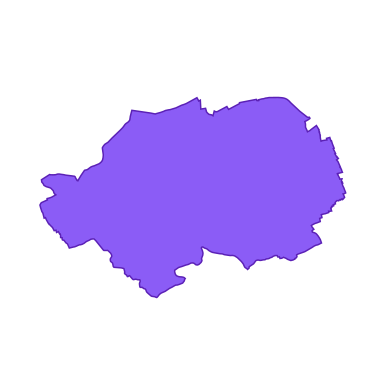 the district of Sawaeng Ha, Ang Thong, Thailand, rotated 166°
{"feature_id": "78962969B63789793815437", "entity_name": "Sawaeng Ha", "entity_type": "district", "adm_level": 2, "iso_a3": "THA", "parent_name": "Thailand", "parent_adm1": "Ang Thong", "projection": "albers", "projection_center": [100.286, 14.749], "detail": "fine", "context": "isolated", "style": "filled", "palette": "violet", "viewbox_px": 384, "rotation_deg": 166, "n_neighbors": 0, "source": "geoboundaries", "source_scale": "gbopen_adm2", "svg_char_len": 5940}
<svg xmlns="http://www.w3.org/2000/svg" viewBox="0 0 384 384"><g transform="rotate(166 192 192)"><path d="M43.1,153.9L43.1,154.9L43.4,156.7L43.7,159.5L44.2,161.6L44.2,162.3L44.4,164.5L43.7,164.2L43.7,165.4L43.9,165.6L44.5,165.7L44.5,165.8L44.3,166.8L43.3,168.5L45.5,168.8L45.5,169.9L45.6,170.4L46.5,174.1L46.1,174.2L46.3,174.7L41.3,174.7L41.5,176.2L41.6,178.0L42.4,180.2L42.0,180.2L43.0,186.2L44.0,188.2L41.9,189.1L42.8,191.2L43.1,191.0L44.1,194.5L43.4,194.6L44.2,198.7L44.3,198.7L44.4,200.0L43.5,200.1L44.1,204.6L44.3,208.0L44.9,208.0L45.1,211.6L48.5,211.5L48.5,209.9L53.1,210.3L53.5,210.2L54.5,210.1L54.4,213.3L54.1,214.9L54.0,216.3L53.8,216.3L54.1,219.2L53.8,219.2L54.0,221.9L53.8,221.9L55.2,226.4L61.6,223.7L62.7,223.1L65.4,222.5L65.5,223.8L66.2,227.4L65.5,230.2L65.4,231.4L65.5,233.1L63.9,233.4L61.8,234.0L59.8,234.8L59.7,235.1L60.1,236.2L61.1,236.3L61.5,236.4L61.9,236.7L62.3,237.1L67.9,244.3L74.5,254.5L75.8,256.8L77.1,258.6L78.4,259.8L79.1,260.3L80.3,261.0L82.2,261.8L85.6,262.9L94.4,265.0L96.3,265.1L97.8,265.3L100.2,265.2L101.5,265.4L105.0,265.4L105.1,264.6L105.8,264.6L107.0,265.1L106.9,266.1L107.1,266.3L124.1,267.2L124.4,267.1L124.6,266.3L124.8,266.2L136.5,263.3L137.5,266.5L147.9,263.9L149.4,264.0L150.8,265.2L153.2,260.9L154.3,262.1L156.6,263.2L156.9,263.4L158.1,265.3L158.5,266.2L158.6,269.9L163.4,270.3L161.7,279.1L163.4,278.6L164.4,282.3L176.2,279.2L178.4,278.9L181.2,278.7L187.2,277.5L193.2,277.2L195.1,277.4L198.1,277.5L200.1,277.1L203.4,276.8L208.0,276.7L208.8,276.6L212.8,278.5L230.6,285.8L233.5,280.4L234.9,277.0L236.1,275.9L237.1,275.3L239.7,274.3L240.7,273.7L242.1,272.5L243.7,271.2L246.9,269.2L256.7,263.6L261.4,260.6L265.2,259.3L267.0,257.9L268.2,256.7L268.4,255.9L269.0,250.1L269.3,248.8L270.0,246.8L271.0,244.8L272.0,243.7L272.8,243.1L273.9,242.5L275.0,242.0L275.8,241.8L278.6,241.4L280.3,241.1L282.5,241.0L284.2,240.7L288.0,239.1L288.9,239.0L290.7,239.1L291.1,239.0L295.7,234.9L299.6,231.0L299.9,230.5L300.5,230.7L300.8,231.0L300.9,232.2L301.1,232.6L301.4,233.0L301.7,235.0L301.9,235.3L302.2,235.7L304.9,236.8L310.4,238.9L312.4,239.9L314.7,240.8L316.6,241.6L318.2,241.9L320.3,241.8L322.4,242.2L325.0,242.9L325.9,243.4L335.1,240.3L335.3,238.6L335.3,237.8L334.8,236.9L334.4,236.0L334.0,234.2L332.2,232.5L328.7,230.4L328.0,229.7L326.3,226.8L326.2,224.6L325.9,223.7L325.6,223.1L324.9,222.4L324.8,222.2L329.6,220.9L331.7,220.7L334.2,220.7L334.4,220.4L334.2,219.6L334.2,219.3L340.7,218.1L341.3,217.7L342.5,216.4L342.7,216.1L342.7,213.4L342.4,209.3L341.8,207.6L341.8,202.4L340.4,202.6L340.1,200.6L339.0,196.5L338.5,195.3L338.3,195.4L337.6,194.0L335.9,191.2L335.1,187.8L333.2,187.8L333.2,185.5L331.2,185.9L330.6,183.2L330.0,183.1L330.0,181.9L330.5,179.6L329.1,179.1L329.4,177.7L329.3,176.8L327.9,176.1L326.6,173.1L325.4,171.8L324.6,167.3L320.2,167.3L319.0,167.2L316.6,167.5L316.2,167.7L315.1,167.8L313.6,168.0L313.2,167.8L311.4,167.8L309.2,168.3L306.7,169.4L305.5,169.7L303.6,170.0L301.6,170.6L300.9,170.6L299.3,170.4L298.7,170.2L298.3,170.0L298.0,169.5L297.1,168.0L292.0,157.0L291.6,156.6L291.3,156.5L288.0,155.7L287.5,155.2L285.8,152.4L285.4,151.1L285.3,150.6L285.3,149.5L285.4,149.1L285.8,148.5L287.3,147.1L287.7,146.0L287.8,145.0L287.7,144.2L286.7,142.9L286.3,142.2L286.3,140.7L286.4,139.2L286.4,138.7L286.1,138.1L285.9,137.8L279.0,135.5L276.8,134.3L276.6,134.0L276.6,131.1L276.7,130.3L277.1,129.7L277.1,129.4L276.7,128.4L275.6,127.2L275.2,125.6L274.7,125.4L273.2,126.0L272.8,125.9L272.6,125.5L270.8,121.9L270.2,121.2L269.7,121.1L267.6,121.0L265.7,119.9L264.0,119.5L263.8,119.2L263.8,118.2L264.1,117.5L264.9,116.4L265.2,115.6L265.5,113.4L265.5,112.7L265.5,112.3L265.0,111.9L263.4,111.5L262.1,109.9L261.2,109.4L260.7,109.0L260.5,108.5L260.3,106.5L260.1,105.8L259.1,104.2L256.9,101.1L256.2,100.5L253.5,99.4L252.6,98.7L251.9,98.2L251.5,98.2L250.4,98.9L248.4,100.5L246.3,101.4L242.1,102.1L237.2,103.9L234.4,104.5L231.3,105.4L230.3,105.6L228.9,105.3L226.8,105.4L223.7,105.8L223.1,105.9L222.6,106.3L221.0,107.6L220.2,109.1L219.5,109.6L220.0,110.5L220.7,111.2L222.3,112.0L223.5,112.4L224.2,112.6L225.7,113.3L226.9,114.2L227.4,114.7L227.8,115.6L228.1,116.7L228.1,118.9L227.7,120.3L223.2,122.0L219.4,122.2L215.7,122.6L213.1,122.6L210.2,123.3L209.0,123.1L207.9,122.8L207.1,122.1L205.8,120.4L205.3,120.2L204.5,119.9L204.0,119.9L203.1,120.0L202.5,120.2L200.2,121.5L199.4,122.4L199.0,122.9L198.9,123.3L198.9,124.9L198.3,126.0L197.0,127.8L196.3,129.5L196.1,130.6L196.1,132.6L196.5,135.3L196.2,135.8L195.5,136.2L194.7,135.9L193.3,134.5L191.5,133.4L189.6,130.9L187.9,129.3L186.8,128.5L184.7,127.5L180.0,125.4L177.5,124.6L176.3,123.7L175.6,123.3L170.3,121.1L168.2,120.7L167.0,120.2L166.1,119.7L163.8,117.3L161.2,113.1L160.8,112.4L159.7,109.9L159.1,106.6L158.6,105.7L157.3,104.3L156.8,103.4L155.0,104.4L154.8,105.2L154.5,105.7L149.7,107.4L148.3,108.5L147.1,109.6L146.4,110.0L145.1,110.1L144.1,109.9L143.6,109.7L142.9,109.3L141.8,109.0L139.1,108.9L137.6,108.6L136.1,109.1L135.0,108.9L133.6,108.8L132.2,109.2L130.1,109.4L128.7,110.0L127.5,110.1L127.0,110.3L124.7,109.7L124.4,108.1L122.9,107.9L122.7,106.2L121.0,106.0L119.7,106.3L119.0,106.5L116.7,104.8L115.6,103.6L112.7,101.6L110.2,101.6L109.9,101.7L109.2,101.9L108.5,101.9L108.3,102.1L108.2,102.6L107.0,102.8L105.8,103.8L105.8,105.6L105.6,105.8L104.7,105.9L104.3,106.1L97.0,106.8L89.4,109.0L86.2,110.1L84.3,110.4L83.0,110.3L82.2,110.4L78.7,111.2L79.0,114.8L79.6,116.9L80.3,118.9L81.3,121.0L81.7,121.6L82.7,122.6L84.9,124.0L84.9,125.3L83.7,126.0L82.8,126.3L83.3,127.7L83.9,128.7L84.3,130.6L82.9,131.1L80.4,131.7L77.6,131.9L74.7,132.3L74.5,135.5L72.1,135.7L72.0,138.8L69.7,138.8L67.9,138.7L64.3,139.0L64.1,139.3L64.1,140.3L63.2,140.0L61.1,139.8L61.3,142.2L61.0,142.2L60.9,143.2L60.0,143.4L60.0,144.3L59.5,144.4L59.4,144.0L57.8,144.4L58.0,145.5L55.7,145.8L55.7,147.1L54.4,148.1L53.4,148.6L51.9,148.0L51.8,148.3L51.1,148.4L50.1,148.9L49.7,148.2L48.1,149.1L47.7,148.2L47.3,148.4L45.2,149.9L45.8,153.6L45.1,153.5L43.1,153.9Z" fill="#8b5cf6" stroke="#5b21b6" stroke-width="1.5"/></g></svg>